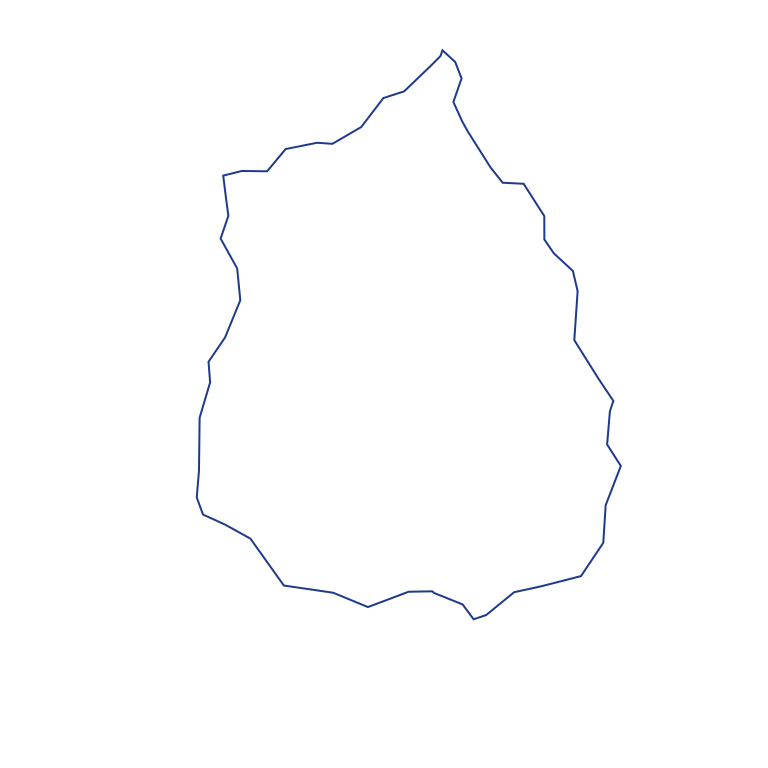 the district of Kato Kivides, Limassol, Cyprus, rotated 241°
{"feature_id": "46923920B9488855208630", "entity_name": "Kato Kivides", "entity_type": "district", "adm_level": 2, "iso_a3": "CYP", "parent_name": "Cyprus", "parent_adm1": "Limassol", "projection": "natural_earth1", "projection_center": [32.873, 34.766], "detail": "fine", "context": "isolated", "style": "outline", "palette": "blue", "viewbox_px": 768, "rotation_deg": 241, "n_neighbors": 0, "source": "geoboundaries", "source_scale": "gbopen_adm2", "svg_char_len": 886}
<svg xmlns="http://www.w3.org/2000/svg" viewBox="0 0 768 768"><g transform="rotate(241 384 384)"><path d="M357.5,162.4L338.1,176.8L313.5,192.2L256.3,198.7L226.1,238.3L196.7,261.8L190.4,304.7L179.3,325.7L176.9,326.5L153.1,345.9L134.8,348.3L132.4,361.3L138.8,396.9L130.8,423.6L120.5,463.2L138.8,498.8L170.5,519.1L197.5,551.4L222.9,549.8L250.7,568.4L258.0,576.4L285.7,574.1L330.1,571.7L371.4,598.4L391.3,604.0L415.9,595.9L432.6,594.3L453.2,605.6L491.4,603.2L502.5,585.4L521.5,582.2L564.4,579.7L575.5,579.7L597.0,581.4L613.7,600.0L631.1,602.4L647.5,596.9L643.5,592.5L640.0,580.5L630.2,543.5L634.4,522.1L619.8,488.7L619.1,455.3L627.4,442.5L637.2,411.9L626.7,384.9L639.3,362.8L644.2,344.4L624.6,336.5L606.5,329.4L590.4,311.6L556.2,311.6L526.9,298.9L501.8,267.6L488.5,241.3L469.7,232.7L443.9,206.4L397.8,180.1L375.5,165.2L357.5,162.4Z" fill="none" stroke="#1e3a8a" stroke-width="2"/></g></svg>